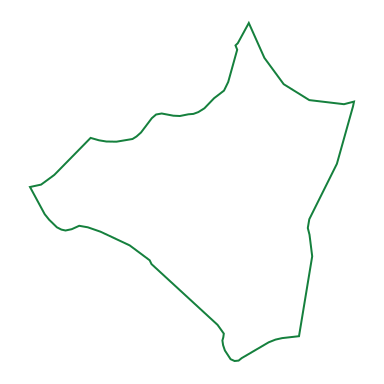 an SVG outline of Ben Arous (Tunis Sud)
{"feature_id": "TUN-104", "entity_name": "Ben Arous (Tunis Sud)", "entity_type": "Governorate", "adm_level": 1, "iso_a3": "TUN", "parent_name": "Tunisia", "parent_adm1": "", "projection": "mercator", "projection_center": [10.195, 36.63], "detail": "fine", "context": "isolated", "style": "outline", "palette": "green", "viewbox_px": 384, "rotation_deg": 0, "n_neighbors": 0, "source": "natural_earth", "source_scale": "10m", "svg_char_len": 872}
<svg xmlns="http://www.w3.org/2000/svg" viewBox="0 0 384 384"><path d="M235.5,45.4L237.8,43.2L248.8,23.0L264.4,57.9L283.7,84.2L309.3,100.1L344.0,104.2L354.0,101.6L353.0,106.4L336.9,163.8L309.3,219.2L307.8,228.0L309.5,234.7L312.2,256.3L299.0,336.2L282.2,338.1L275.5,339.6L268.7,342.3L241.7,358.1L238.6,360.6L234.6,361.0L230.6,359.2L224.9,350.5L223.1,345.2L222.4,340.5L223.3,337.3L223.8,333.6L217.6,324.9L151.5,264.1L149.7,260.3L129.7,245.4L100.5,231.7L87.8,227.3L79.2,225.8L71.7,229.2L65.5,230.5L61.4,229.6L56.9,227.3L49.2,219.8L44.7,214.2L30.0,187.0L41.1,184.6L54.3,174.9L90.6,137.9L99.0,140.3L106.3,141.5L116.4,141.7L132.5,139.0L136.5,136.5L141.0,132.5L151.8,118.2L156.1,114.5L161.7,113.5L173.4,115.7L179.9,116.0L188.4,114.3L193.4,113.9L198.3,112.1L204.4,108.3L214.1,98.2L224.0,90.6L228.2,82.0L237.2,49.7L235.5,45.4Z" fill="none" stroke="#15803d" stroke-width="2"/></svg>